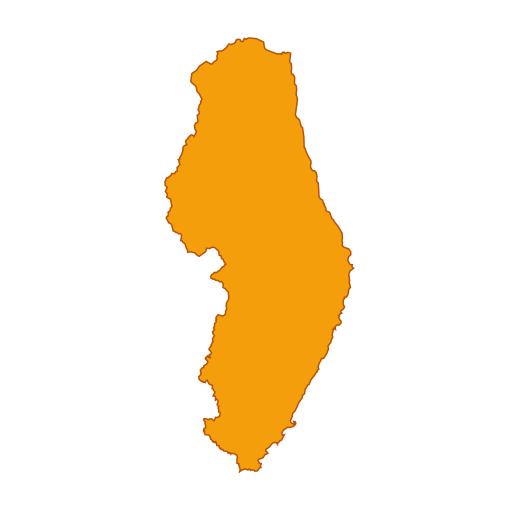 Antalaha, Sava, Madagascar (orthographic projection), rotated 6°
{"feature_id": "10022922B15279482214677", "entity_name": "Antalaha", "entity_type": "district", "adm_level": 2, "iso_a3": "MDG", "parent_name": "Madagascar", "parent_adm1": "Sava", "projection": "orthographic", "projection_center": [50.057, -15.259], "detail": "fine", "context": "isolated", "style": "filled", "palette": "amber", "viewbox_px": 512, "rotation_deg": 6, "n_neighbors": 0, "source": "geoboundaries", "source_scale": "gbopen_adm2", "svg_char_len": 6108}
<svg xmlns="http://www.w3.org/2000/svg" viewBox="0 0 512 512"><g transform="rotate(6 256 256)"><path d="M220.9,423.7L221.4,425.0L222.9,426.5L222.8,428.1L223.5,429.2L223.9,432.0L222.3,433.2L222.9,434.9L222.2,434.5L222.0,435.2L224.2,439.0L227.6,438.9L229.0,440.2L230.1,442.8L232.0,444.0L232.0,444.9L232.7,445.3L233.3,445.0L233.4,445.5L234.5,446.0L235.1,444.9L235.8,445.1L236.9,448.6L239.0,448.5L239.6,450.6L240.2,451.1L241.0,450.9L241.3,451.9L242.3,452.3L243.4,452.0L244.5,453.4L246.8,453.2L248.0,453.8L248.9,455.1L250.0,454.1L250.7,455.0L251.2,454.7L251.7,455.6L251.9,455.0L253.8,454.8L255.9,455.2L258.0,456.4L258.5,458.0L258.3,461.0L258.9,462.4L258.5,463.8L260.7,464.6L260.5,465.6L261.5,466.6L261.6,468.4L262.6,469.5L262.3,472.2L263.9,470.7L267.3,468.8L270.5,469.7L271.2,468.7L272.4,468.9L273.1,469.8L275.2,469.0L276.3,469.2L277.1,470.1L279.6,469.6L282.0,466.2L283.1,465.8L282.4,464.6L282.9,461.8L281.1,461.8L279.3,459.2L280.2,457.6L283.6,456.4L286.0,452.3L288.4,451.1L287.7,449.9L286.0,448.9L286.2,447.2L289.2,444.6L291.5,440.9L293.6,439.4L295.6,439.6L297.1,441.1L297.0,439.6L298.0,439.1L298.8,437.5L300.6,436.5L302.9,430.7L301.3,431.4L300.3,430.4L300.3,428.7L301.5,426.3L305.4,423.0L307.1,423.1L311.2,421.5L312.9,419.2L313.1,418.1L312.2,416.6L310.7,416.6L312.1,418.8L311.6,419.5L308.3,418.1L307.7,417.3L307.5,416.2L308.8,411.8L308.9,408.7L311.1,405.9L314.1,396.8L316.5,392.8L317.0,389.6L318.7,387.8L318.8,383.8L320.2,380.6L321.0,378.9L322.2,378.2L323.6,373.3L327.2,367.7L327.7,366.0L329.1,364.5L328.9,363.1L330.3,362.0L329.3,359.6L330.1,355.9L331.4,353.2L331.3,352.2L331.9,351.0L333.2,351.2L334.4,350.0L336.6,345.4L337.8,340.7L337.0,337.9L339.4,334.2L339.4,332.2L340.8,328.7L340.1,326.7L340.3,322.3L340.9,321.1L340.3,320.7L340.9,320.4L341.2,319.5L342.7,320.6L342.2,318.3L342.8,317.1L343.8,316.2L345.8,316.1L347.6,313.7L347.4,311.9L346.0,310.7L344.5,308.0L345.2,307.1L344.6,306.7L345.3,305.2L347.3,303.9L346.0,302.8L346.2,301.6L348.3,299.8L349.4,297.3L348.1,295.6L347.3,291.4L347.8,289.7L348.5,289.2L348.2,287.8L350.0,287.5L351.2,285.7L351.8,281.7L351.5,280.9L352.0,279.0L353.2,277.4L351.4,272.2L351.7,270.8L350.2,264.6L351.1,260.9L354.3,258.0L353.1,257.3L352.4,256.0L352.7,254.6L350.7,254.6L349.9,254.1L347.6,250.3L348.1,247.2L350.1,244.9L349.8,242.0L347.5,239.3L342.1,237.9L340.5,236.3L340.6,233.8L339.8,231.2L340.1,229.5L339.2,224.2L334.4,217.8L329.9,213.3L329.4,212.1L327.3,210.5L325.0,205.5L323.8,204.4L322.1,204.3L320.9,203.4L320.4,201.0L318.5,198.3L318.4,197.0L317.6,196.3L316.3,193.5L313.8,192.2L312.4,190.1L310.6,178.4L309.9,176.4L308.4,175.3L308.3,170.3L307.1,166.6L305.4,165.1L303.5,165.2L302.2,164.1L300.8,161.4L301.0,157.6L300.6,155.5L297.2,151.1L294.3,145.8L293.9,144.3L292.5,142.7L291.1,132.3L288.9,123.6L287.1,122.0L285.0,116.2L283.6,114.9L282.2,114.5L280.4,111.5L280.9,96.0L279.0,91.0L279.0,86.2L278.4,82.8L276.3,80.6L275.8,74.2L274.0,71.5L272.9,71.5L271.9,69.9L271.7,64.5L270.8,60.9L269.2,59.5L269.1,58.6L269.3,50.8L266.3,50.1L264.2,51.5L262.7,50.3L260.8,50.9L261.3,51.9L260.2,52.8L259.4,52.3L256.0,52.9L245.2,50.1L243.5,49.1L242.4,47.2L241.2,42.4L233.6,39.8L225.9,39.9L223.5,41.5L221.6,40.8L220.5,44.1L218.7,44.1L217.4,42.4L215.4,42.3L213.9,43.1L213.2,45.4L212.2,46.8L209.2,48.2L206.8,48.0L204.6,52.0L202.1,54.6L200.0,55.8L197.4,56.1L195.9,56.9L196.9,58.7L196.2,61.4L196.9,63.7L195.7,66.0L194.1,67.0L192.3,69.5L191.9,69.9L190.0,69.5L186.2,67.7L180.0,73.0L177.3,77.8L173.1,81.2L172.9,88.5L173.3,89.9L178.6,93.5L180.0,98.0L181.0,99.4L182.7,100.7L185.8,105.8L184.8,108.4L185.2,109.3L183.8,112.0L183.8,114.2L183.0,116.2L184.8,118.8L184.2,121.1L182.8,122.3L184.2,127.9L183.6,129.5L182.3,130.0L181.2,132.7L182.0,136.1L183.6,138.3L183.2,140.6L181.8,143.5L181.6,143.0L179.7,142.3L178.5,142.5L176.1,145.6L176.0,146.7L174.7,147.5L173.9,149.5L175.6,152.6L173.4,153.5L172.4,154.7L172.0,156.1L172.2,158.7L171.4,162.9L169.9,166.2L170.1,167.5L168.6,168.3L169.8,169.8L169.6,170.9L170.7,172.5L169.5,175.2L168.3,176.1L168.8,179.7L167.4,180.4L166.8,182.0L165.3,182.7L163.6,182.7L163.1,184.5L160.3,187.3L158.9,187.8L157.7,191.9L158.3,195.3L160.5,196.9L159.2,201.3L161.5,203.9L161.0,206.8L165.1,208.5L167.1,215.1L167.0,216.1L165.9,217.4L165.9,219.9L163.9,221.7L164.5,223.5L164.1,225.8L163.1,226.1L162.7,227.5L165.8,232.1L167.6,232.7L168.9,233.9L171.1,239.8L172.5,240.0L173.7,240.9L174.7,240.8L176.7,242.0L178.6,241.6L179.6,242.6L179.9,245.9L179.4,248.6L181.0,248.7L181.8,249.9L184.2,251.4L186.2,256.1L187.4,257.5L187.7,259.4L190.6,258.7L195.5,259.4L196.1,260.6L199.4,262.3L205.5,256.9L206.1,253.4L209.1,253.4L211.2,252.0L213.8,251.8L218.3,255.0L219.4,259.2L221.5,259.6L221.9,262.0L223.7,262.9L225.3,266.0L226.3,266.3L226.8,267.4L225.6,268.3L225.1,269.9L223.7,270.4L221.2,274.4L219.7,275.1L219.0,276.3L216.1,276.8L215.7,278.0L213.9,279.1L213.2,280.8L213.4,282.6L215.9,283.6L217.0,283.2L218.2,284.3L220.8,284.4L222.9,285.6L224.3,285.0L224.9,285.2L226.5,287.8L226.3,290.3L227.5,291.3L228.8,291.7L232.4,295.1L233.4,301.7L231.7,305.4L231.5,308.5L232.4,311.4L231.6,314.0L231.6,317.3L229.1,319.2L224.4,318.4L222.5,321.5L223.3,323.0L222.7,323.8L223.4,325.5L221.8,327.7L222.1,329.4L221.3,332.2L222.6,333.8L220.6,336.0L221.2,336.8L221.2,337.7L223.1,339.5L221.4,342.9L222.2,345.3L221.4,346.6L221.6,347.6L220.6,349.1L220.9,350.4L219.3,352.3L219.0,353.3L219.3,354.4L220.5,354.9L221.8,356.7L221.5,358.0L220.0,359.0L220.1,359.6L219.6,360.0L220.7,360.9L221.1,361.9L219.4,361.8L218.0,360.5L217.5,361.8L216.5,362.4L216.4,363.6L218.9,365.6L219.1,366.7L218.0,369.0L215.6,370.6L215.5,372.6L214.0,373.0L212.7,375.1L212.6,376.0L213.6,377.3L213.3,378.1L213.7,379.4L211.6,382.1L212.4,384.8L215.2,386.5L216.1,386.3L216.7,387.1L217.8,386.8L218.6,387.2L219.2,385.7L220.3,384.6L222.9,388.3L226.3,389.3L226.2,392.5L227.2,392.7L227.5,393.6L229.4,395.5L229.1,397.1L228.3,398.0L228.1,399.8L229.6,399.6L230.5,400.6L230.7,403.6L231.9,402.5L233.1,403.6L233.7,405.8L232.9,407.1L233.2,408.7L234.7,409.4L234.2,411.1L235.0,412.4L235.0,414.6L235.4,415.2L236.5,415.2L236.8,416.4L236.6,418.9L234.8,420.5L232.8,420.7L231.5,424.2L229.2,422.8L227.6,422.5L225.9,423.7L222.2,423.0L220.9,423.7Z" fill="#f59e0b" stroke="#b45309" stroke-width="1.5"/></g></svg>